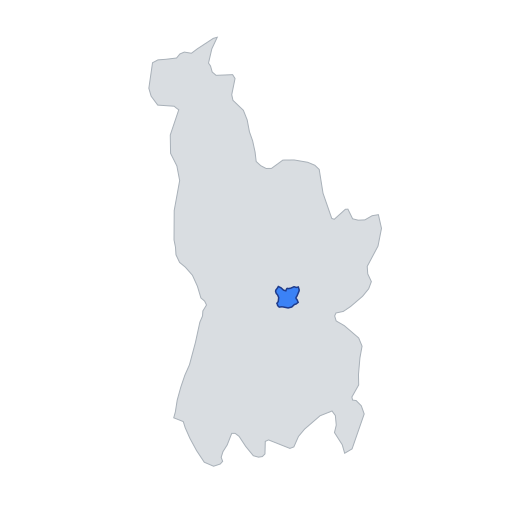 Slovenia, with Grosuplje highlighted, rotated 276°
{"feature_id": "SVN-950", "entity_name": "Grosuplje", "entity_type": "Municipality", "adm_level": 1, "iso_a3": "SVN", "parent_name": "Slovenia", "parent_adm1": "", "projection": "natural_earth1", "projection_center": [14.681, 45.943], "detail": "fine", "context": "in_parent", "style": "filled", "palette": "blue", "viewbox_px": 512, "rotation_deg": 276, "n_neighbors": 0, "source": "natural_earth", "source_scale": "10m", "svg_char_len": 2349}
<svg xmlns="http://www.w3.org/2000/svg" viewBox="0 0 512 512"><g transform="rotate(276 256 256)"><path d="M469.5,194.6L457.4,190.4L442.9,188.6L440.2,190.9L434.4,193.2L431.5,197.4L433.9,213.8L430.3,216.6L413.9,215.0L408.4,216.8L399.6,228.2L390.4,233.0L378.8,236.5L370.2,240.6L359.3,244.2L350.0,246.3L346.3,251.3L344.1,256.9L344.7,262.2L354.2,272.7L355.5,283.9L354.6,297.6L352.4,305.0L348.7,309.8L325.4,316.1L301.3,327.4L300.7,330.0L311.8,340.0L312.2,342.5L303.1,348.2L302.3,353.9L303.3,360.5L308.2,367.3L309.9,373.4L296.6,377.9L278.6,376.3L257.3,367.7L249.9,369.0L242.6,373.4L235.2,371.5L227.1,366.2L215.6,355.3L210.0,348.6L207.7,341.5L204.6,340.5L199.8,342.5L195.9,351.2L185.2,366.7L177.4,370.9L165.5,370.0L148.8,370.3L138.5,371.6L125.8,366.1L122.8,367.1L122.7,370.7L118.0,376.4L110.2,380.1L74.2,371.7L69.1,364.8L77.3,361.5L88.6,352.5L96.2,353.5L105.6,351.6L109.8,347.8L103.8,336.4L88.9,322.4L81.0,317.1L70.1,313.6L68.2,309.8L74.4,287.7L72.6,284.6L60.1,285.6L57.2,283.3L56.2,279.5L57.1,274.2L65.5,265.7L74.9,258.0L77.4,253.8L77.1,250.4L65.1,247.1L58.0,243.6L52.2,242.4L48.3,244.3L45.4,242.2L42.5,235.8L45.5,226.1L56.3,217.2L67.8,209.3L77.9,203.5L83.7,201.0L86.5,191.1L92.5,192.1L104.4,192.7L117.6,194.9L130.0,197.7L140.8,201.2L163.6,204.8L184.4,207.1L190.7,209.1L195.8,208.9L202.1,211.9L205.8,209.6L208.5,205.6L219.8,200.9L230.2,194.8L237.5,186.9L241.6,180.7L248.8,176.3L256.4,175.0L263.4,172.8L292.7,169.9L323.0,172.2L337.3,167.9L349.2,160.3L366.5,158.2L367.4,158.1L393.3,163.9L395.3,160.5L396.4,159.0L395.8,142.5L404.0,135.0L411.6,131.9L437.4,132.9L440.8,138.0L442.2,145.8L444.6,156.3L449.0,159.2L451.3,163.4L450.9,170.6L456.0,176.1L468.0,190.8L469.5,194.6Z" fill="#d9dde1" stroke="#a8b0b8" stroke-width="1"/><path d="M228.0,281.4L227.0,284.2L224.9,287.0L224.5,289.3L225.0,289.4L226.5,289.9L227.0,290.3L227.1,290.7L226.9,291.3L227.2,292.3L227.5,293.7L229.4,297.0L229.3,297.8L229.0,298.9L229.0,299.7L229.6,301.3L226.8,302.5L225.7,302.5L220.4,300.9L219.5,300.4L218.6,300.1L217.7,300.4L217.0,301.3L214.3,302.8L212.4,300.8L211.8,299.3L209.0,296.9L207.7,293.4L208.2,287.9L208.1,286.5L207.6,284.5L208.1,283.7L208.5,283.2L208.9,282.9L209.4,282.5L209.8,282.5L211.1,281.7L213.0,282.9L217.1,282.9L219.3,281.7L220.1,281.0L220.7,280.2L222.7,279.2L223.8,279.2L224.6,279.5L225.9,280.4L228.0,281.4Z" fill="#3b82f6" stroke="#1e3a8a" stroke-width="1.5"/></g></svg>